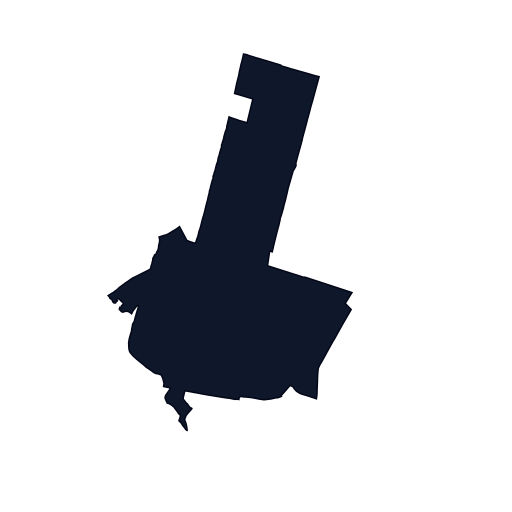 Soparlita, Olt, Romania (Equal Earth projection), rotated 39°
{"feature_id": "2599482B59738251160251", "entity_name": "Soparlita", "entity_type": "district", "adm_level": 2, "iso_a3": "ROU", "parent_name": "Romania", "parent_adm1": "Olt", "projection": "equal_earth", "projection_center": [24.267, 44.29], "detail": "fine", "context": "isolated", "style": "filled", "palette": "ink", "viewbox_px": 512, "rotation_deg": 39, "n_neighbors": 0, "source": "geoboundaries", "source_scale": "gbopen_adm2", "svg_char_len": 6159}
<svg xmlns="http://www.w3.org/2000/svg" viewBox="0 0 512 512"><g transform="rotate(39 256 256)"><path d="M369.3,271.8L366.2,254.1L363.9,239.2L363.7,237.7L355.2,236.7L353.6,224.0L308.7,241.1L307.3,241.7L307.5,242.1L271.4,256.2L271.1,256.3L270.8,255.9L269.6,253.8L263.5,243.5L266.0,242.6L265.2,240.9L262.5,235.4L258.7,227.3L255.3,219.9L255.1,219.3L254.6,218.1L252.9,214.7L252.0,212.8L251.4,212.1L249.7,207.6L247.2,201.7L246.4,200.1L245.5,198.3L244.6,196.2L244.3,195.4L239.9,186.2L238.6,183.7L231.4,166.7L231.1,165.6L231.2,165.4L231.1,164.7L230.6,161.9L230.1,160.3L229.8,160.0L229.3,159.7L228.3,158.3L228.2,158.0L225.9,152.9L222.3,144.6L220.5,140.4L219.0,137.2L218.9,136.7L218.6,136.6L216.8,132.6L215.8,130.3L211.9,121.5L209.9,117.2L207.5,111.7L204.5,105.1L204.0,103.9L202.2,99.6L192.2,76.9L188.4,78.7L166.7,87.9L165.7,88.4L162.3,89.7L156.1,92.3L155.3,92.0L140.0,98.2L138.6,98.9L136.8,99.6L135.1,100.2L131.3,101.9L128.9,102.8L125.0,104.4L123.0,105.1L122.3,105.2L119.2,106.9L119.9,108.2L121.0,110.5L122.8,114.2L123.8,116.6L125.9,120.7L126.5,122.1L129.1,126.9L129.9,128.6L130.6,130.1L131.0,131.2L131.5,131.9L131.7,132.4L131.8,132.7L131.9,133.1L137.1,143.2L154.7,135.9L165.3,158.2L164.1,158.5L162.2,159.3L159.9,160.3L157.2,161.5L155.8,161.8L154.5,162.4L153.3,162.8L151.2,163.6L150.4,163.9L148.4,164.6L147.5,164.8L147.9,165.7L148.5,166.8L149.7,169.5L150.5,171.1L151.0,172.1L151.3,172.8L151.8,173.8L152.9,175.3L153.1,175.9L153.2,176.5L153.6,177.5L153.9,178.6L154.5,180.1L155.1,181.4L155.6,182.7L156.0,183.4L156.2,183.9L156.5,184.4L156.8,184.8L157.1,185.5L157.3,186.2L157.7,186.7L157.8,187.2L157.9,187.7L158.4,188.9L158.8,189.8L159.1,190.4L159.3,191.1L159.5,191.6L159.8,192.1L160.3,192.5L160.6,193.1L161.0,193.7L161.1,194.3L161.3,194.9L161.7,195.9L162.8,198.5L163.4,199.8L163.8,200.5L164.2,201.5L164.5,202.5L165.2,204.1L166.3,205.9L166.7,206.7L167.0,207.4L167.2,208.1L167.4,208.8L167.7,209.6L168.0,210.3L168.4,211.2L168.8,212.0L169.0,212.7L169.4,213.2L169.7,213.9L170.0,214.5L170.2,215.0L170.7,216.2L170.8,216.8L171.3,218.0L171.7,218.6L172.0,219.3L172.3,220.6L172.7,221.4L173.0,221.8L173.5,222.1L174.0,223.1L174.2,224.2L175.1,226.2L176.3,228.9L177.2,230.9L178.0,232.4L178.4,233.4L178.7,234.4L179.2,235.2L179.8,236.2L180.4,237.4L181.1,239.0L181.8,240.4L183.1,243.0L183.7,244.3L184.2,245.6L184.8,246.8L185.5,248.5L186.2,249.7L186.4,250.2L186.6,250.8L187.6,252.7L188.1,253.8L189.1,256.0L190.3,258.9L191.0,260.6L191.7,262.2L192.6,264.1L194.6,268.4L195.3,270.1L195.7,271.2L196.2,272.7L196.6,273.5L196.9,274.2L197.5,275.3L197.9,276.3L198.6,277.6L198.9,278.7L199.1,279.4L199.5,280.5L200.2,282.1L200.6,283.7L200.7,284.1L199.8,284.8L197.7,285.6L195.3,286.5L194.0,286.9L193.3,287.1L192.9,287.6L189.2,286.0L178.1,281.3L177.2,284.7L176.2,287.7L175.6,289.2L174.8,291.5L174.4,292.6L173.8,294.2L173.3,295.2L172.9,296.0L172.6,296.6L172.0,297.2L168.7,302.2L170.0,303.3L170.7,303.8L171.4,304.7L172.0,305.5L172.5,306.6L172.9,307.1L173.1,307.7L173.3,308.3L173.7,308.9L174.2,309.8L174.8,310.6L175.2,311.4L175.6,312.1L176.0,313.1L176.1,313.9L176.3,314.6L176.3,315.2L176.5,315.8L176.9,316.5L177.1,317.0L176.9,317.7L176.6,318.5L176.5,319.2L176.8,319.9L177.3,322.6L178.1,323.9L178.8,324.9L179.0,325.8L179.4,326.6L179.9,327.3L180.3,328.5L180.7,329.7L181.1,330.5L181.6,331.2L181.8,331.9L181.8,332.7L182.0,333.1L181.3,334.7L178.7,340.4L175.7,347.1L174.8,349.0L173.8,351.2L173.1,353.5L172.6,355.6L171.5,359.0L170.5,363.0L169.7,366.0L169.3,368.6L169.2,369.8L168.6,371.6L168.1,374.0L167.2,376.2L166.8,377.7L166.0,379.8L168.1,380.2L169.0,380.8L171.5,380.6L172.7,381.3L173.8,381.8L175.0,381.9L175.9,381.5L176.4,380.8L176.2,379.5L176.5,378.0L175.4,377.9L175.1,377.6L175.0,377.0L175.2,376.4L175.8,376.0L176.7,375.7L177.9,375.6L179.9,376.0L181.5,375.9L182.8,376.5L183.3,377.3L182.7,379.1L183.2,380.1L183.0,381.0L182.4,381.6L183.4,383.6L184.7,383.6L185.5,383.8L186.7,383.9L187.8,383.5L189.0,381.7L190.2,380.3L192.0,379.5L194.0,379.2L195.7,379.2L195.0,376.3L194.9,374.9L194.8,370.1L195.3,369.0L196.1,368.5L197.2,370.9L198.1,373.2L199.0,375.6L199.7,377.0L200.4,378.8L201.4,381.0L202.3,382.9L202.8,384.9L202.8,385.6L203.1,386.8L203.5,387.4L204.0,388.4L204.8,389.8L205.4,391.1L206.3,392.4L206.9,393.5L207.2,394.5L209.0,398.8L209.8,400.5L210.9,402.4L211.7,403.7L212.6,404.7L214.9,407.3L216.2,408.6L217.5,409.5L218.9,410.2L220.6,410.5L223.3,411.0L228.2,411.3L233.3,411.3L236.9,411.3L240.7,411.5L244.8,411.1L248.1,410.9L249.9,410.9L251.1,410.6L252.5,410.2L253.9,409.3L255.6,408.7L257.4,408.1L260.9,410.0L264.8,413.0L266.3,415.6L272.5,412.4L272.9,414.0L273.1,415.7L273.2,417.5L273.4,419.8L273.5,421.3L274.5,423.4L275.2,423.9L276.4,424.6L278.4,425.6L279.2,426.1L280.0,426.0L280.4,425.9L281.2,425.4L284.1,425.0L287.2,425.0L292.4,426.4L293.3,426.5L294.5,427.1L295.5,427.3L296.6,427.2L297.2,427.4L297.7,427.8L298.4,428.9L299.1,430.6L299.4,431.7L299.7,432.3L300.2,432.7L301.7,432.7L302.7,432.8L304.3,433.3L305.7,433.9L306.7,434.0L310.2,434.9L311.0,435.1L311.8,435.1L312.2,434.9L311.4,433.9L309.6,432.3L307.3,430.4L305.4,429.2L304.0,428.5L303.2,427.5L302.6,425.6L302.1,424.3L302.0,421.1L302.3,415.6L302.1,414.8L301.5,414.8L300.4,415.3L297.9,414.8L295.8,414.1L294.3,414.1L289.9,413.1L289.1,412.9L285.5,405.5L286.5,405.0L291.1,402.4L294.4,400.7L295.5,400.0L300.2,397.5L302.2,396.4L302.3,396.2L303.1,395.9L305.3,394.7L317.7,387.6L322.2,385.0L325.3,383.0L327.6,381.9L329.6,380.8L330.9,379.8L331.3,379.3L332.2,378.7L333.0,378.3L332.4,377.5L332.0,376.2L332.4,375.1L332.8,374.4L334.5,373.7L337.1,371.8L341.9,368.7L344.3,367.4L348.5,365.2L352.7,362.7L357.4,357.9L358.2,356.9L359.2,355.6L359.9,354.7L360.4,354.1L362.1,352.4L362.5,351.9L362.8,351.3L363.8,349.7L364.1,349.1L363.4,348.9L363.7,342.4L363.8,339.6L363.8,337.4L363.8,335.4L364.5,335.0L365.8,334.6L367.1,334.4L367.8,334.5L368.7,334.9L370.2,335.3L371.7,335.5L372.8,335.6L375.5,335.3L376.9,335.0L378.3,334.6L380.3,333.8L382.4,332.9L387.0,331.1L391.8,329.3L392.8,329.0L392.7,328.8L391.3,326.4L390.0,324.5L387.3,321.0L385.0,317.9L383.0,315.2L380.6,312.1L378.1,308.7L375.3,304.5L374.9,303.5L374.5,302.0L374.0,299.7L373.7,297.4L372.9,292.8L372.5,290.4L371.8,286.8L371.1,282.8L369.5,273.9L369.4,273.0L369.3,271.8Z" fill="#0f172a" stroke="#020617" stroke-width="1.5"/></g></svg>